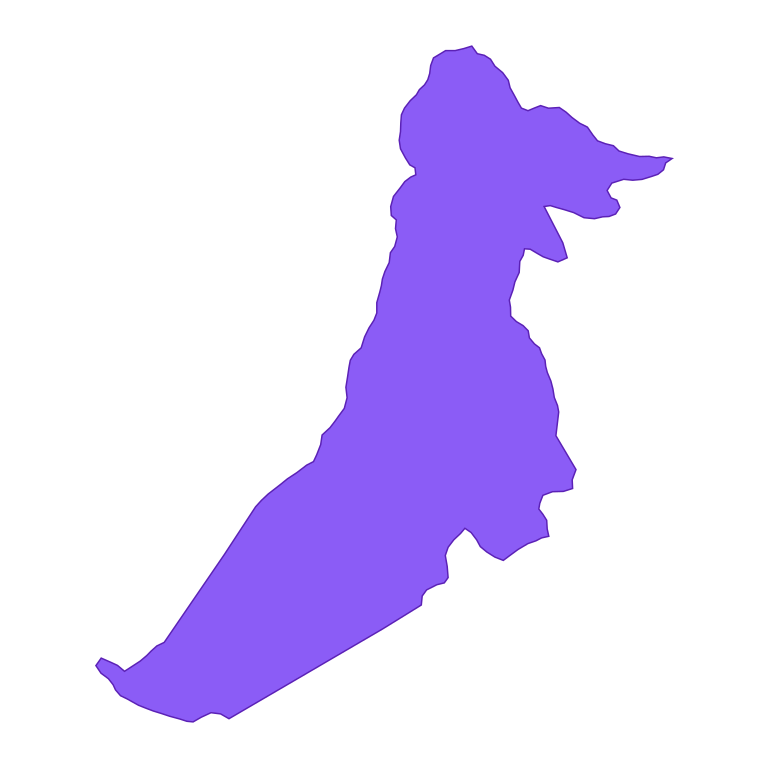 outline of Lajedo do Tabocal, Bahia, Brazil
{"feature_id": "56859067B65059372475472", "entity_name": "Lajedo do Tabocal", "entity_type": "district", "adm_level": 2, "iso_a3": "BRA", "parent_name": "Brazil", "parent_adm1": "Bahia", "projection": "mercator", "projection_center": [-40.267, -13.448], "detail": "fine", "context": "isolated", "style": "filled", "palette": "violet", "viewbox_px": 768, "rotation_deg": 0, "n_neighbors": 0, "source": "geoboundaries", "source_scale": "gbopen_adm2", "svg_char_len": 2739}
<svg xmlns="http://www.w3.org/2000/svg" viewBox="0 0 768 768"><path d="M672.1,158.5L663.8,156.9L656.4,157.8L649.2,156.3L639.5,156.5L627.6,153.7L619.0,151.0L613.4,145.7L605.2,143.7L597.5,140.8L592.7,134.8L587.4,127.1L579.6,123.2L572.0,117.5L566.0,112.1L559.3,107.5L548.5,108.2L540.6,105.6L534.2,108.1L528.0,110.7L521.4,108.1L517.9,102.1L514.1,95.0L510.1,87.8L508.3,80.3L502.7,72.7L494.9,66.2L490.5,59.2L484.3,55.3L477.3,53.7L471.8,46.1L463.7,48.6L455.2,50.6L445.6,50.6L438.5,54.9L433.5,57.9L430.7,65.5L429.7,73.5L427.8,79.7L424.5,84.9L419.4,89.6L416.4,94.8L410.2,100.7L404.5,108.1L401.4,114.8L400.8,123.0L400.5,131.6L399.2,140.2L400.5,148.8L405.4,157.9L409.8,164.9L415.0,167.8L415.8,174.8L410.7,177.1L404.8,181.6L400.1,188.0L393.5,196.4L390.7,206.6L391.3,215.5L396.3,219.9L395.5,228.7L397.3,236.9L394.7,246.5L390.4,252.7L389.2,262.6L384.9,271.5L382.4,279.0L381.4,285.6L379.9,291.7L376.8,302.6L376.8,313.0L373.9,320.3L369.0,327.9L364.6,336.9L361.2,347.8L353.9,354.3L350.3,360.3L349.0,367.2L347.5,377.3L345.9,387.3L347.1,397.7L344.3,408.4L338.6,416.1L335.0,421.2L330.0,427.7L322.1,435.0L320.7,444.6L316.7,454.8L313.5,461.6L306.7,465.1L296.6,472.8L287.6,478.7L280.7,484.3L274.8,488.9L268.2,494.0L261.4,500.4L255.6,506.8L224.3,554.6L164.2,642.4L156.9,645.9L151.1,651.1L146.7,655.6L140.2,661.1L133.0,665.8L124.5,671.3L117.5,665.4L110.8,662.3L101.2,658.1L95.9,665.6L101.0,673.2L108.4,678.7L113.1,684.7L115.5,689.9L120.5,695.7L127.1,698.9L132.3,701.8L138.6,705.3L146.7,708.5L153.3,711.0L161.4,713.5L169.5,716.2L179.8,719.0L186.9,721.3L193.1,721.9L201.3,717.2L211.0,712.7L220.6,713.9L229.0,718.7L383.0,628.7L421.3,605.0L422.2,596.0L426.6,589.9L436.9,584.7L444.3,582.9L448.1,577.6L447.2,566.4L445.3,555.5L448.1,547.3L453.8,539.8L460.6,533.4L464.9,528.3L471.1,532.5L476.7,539.9L480.3,546.6L486.8,552.0L494.9,557.1L503.3,560.4L509.3,555.9L518.0,549.5L527.9,543.6L536.0,540.8L541.6,537.9L548.8,536.3L547.2,529.0L546.7,520.3L542.9,514.3L538.8,509.0L539.8,503.3L542.9,495.3L552.5,491.7L563.4,491.4L572.6,488.5L572.2,479.8L576.0,469.6L555.9,435.7L558.7,412.0L557.5,405.5L554.3,397.5L552.9,388.9L550.9,381.1L547.3,372.5L545.7,366.4L545.0,360.0L541.6,353.7L539.5,347.8L534.4,343.9L529.4,337.9L528.2,330.8L523.2,325.7L516.4,321.6L510.7,316.1L510.5,307.1L509.3,300.1L512.9,290.1L514.9,281.9L519.2,272.5L519.8,261.4L523.2,255.3L524.5,248.8L530.2,249.2L536.4,252.9L543.2,256.8L549.4,259.0L557.9,261.9L567.2,257.8L562.8,242.8L544.1,206.5L550.3,205.6L556.5,207.5L564.4,209.7L573.7,212.6L584.0,217.7L594.5,218.7L602.7,216.8L609.0,216.5L615.6,214.0L619.9,207.5L616.8,200.1L611.1,197.9L607.1,190.5L611.8,183.1L623.7,179.3L632.7,180.2L642.0,179.4L651.4,176.5L657.9,174.3L663.5,169.8L665.7,162.9L672.1,158.5Z" fill="#8b5cf6" stroke="#5b21b6" stroke-width="1.5"/></svg>